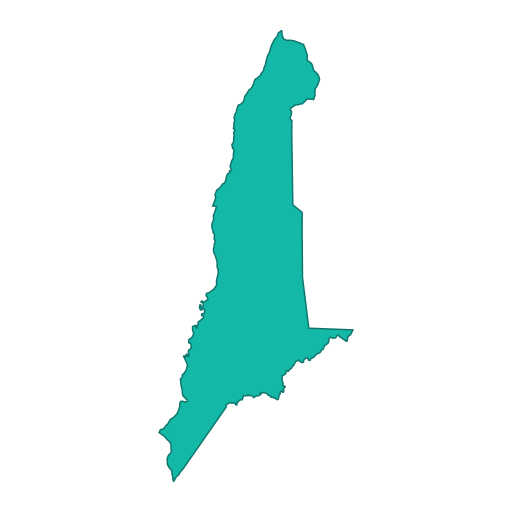 Canas, Guanacaste, Costa Rica
{"feature_id": "36466004B65281330352027", "entity_name": "Canas", "entity_type": "district", "adm_level": 2, "iso_a3": "CRI", "parent_name": "Costa Rica", "parent_adm1": "Guanacaste", "projection": "equal_earth", "projection_center": [-85.111, 10.45], "detail": "fine", "context": "isolated", "style": "filled", "palette": "teal", "viewbox_px": 512, "rotation_deg": 0, "n_neighbors": 0, "source": "geoboundaries", "source_scale": "gbopen_adm2", "svg_char_len": 6038}
<svg xmlns="http://www.w3.org/2000/svg" viewBox="0 0 512 512"><path d="M311.3,63.2L309.5,62.1L308.8,61.3L307.7,60.7L307.3,60.2L307.1,59.2L307.3,55.1L306.3,52.4L305.2,48.4L304.1,46.3L303.6,44.4L302.2,44.1L300.1,43.0L297.2,42.1L294.2,40.9L290.8,40.3L287.1,40.3L286.1,40.2L284.4,39.3L283.5,38.7L282.4,36.0L281.9,33.4L281.8,30.8L281.3,30.7L278.1,33.2L277.7,35.3L276.7,37.0L274.4,39.5L271.7,44.8L270.3,48.9L269.3,52.8L267.8,55.2L267.3,56.5L265.7,62.8L265.6,64.4L264.5,66.4L264.3,67.5L263.7,68.9L263.5,70.7L261.2,73.4L260.7,74.8L260.2,75.6L258.0,77.3L256.9,78.5L255.9,78.8L255.1,79.4L254.2,81.5L253.4,84.3L252.5,85.9L252.3,87.1L251.4,87.8L250.6,88.9L248.8,90.2L246.8,93.8L245.0,95.9L244.4,98.0L244.1,99.9L242.9,102.4L240.7,104.2L238.2,105.2L236.7,109.6L236.4,111.9L234.8,114.6L234.8,115.5L234.4,116.0L234.2,117.0L234.2,118.4L234.5,119.2L234.6,121.4L234.2,122.1L233.9,123.3L233.8,124.6L233.9,127.0L233.5,127.8L233.5,128.9L234.8,129.3L234.9,130.1L234.7,130.6L233.7,132.3L234.0,134.4L234.0,136.1L233.7,138.0L233.7,140.0L233.4,141.8L233.3,142.6L232.2,144.1L231.9,145.0L231.9,145.6L232.5,146.7L232.6,148.5L233.6,148.9L233.8,149.3L233.9,150.7L233.6,153.1L233.4,153.5L233.4,157.2L232.9,158.8L232.4,159.5L231.5,161.5L230.9,163.7L230.1,165.9L230.2,167.0L231.3,169.0L231.3,170.0L230.8,170.6L229.6,170.7L229.5,172.8L227.9,173.7L227.5,174.1L226.5,176.4L226.1,178.7L225.9,179.1L225.8,179.9L225.1,182.1L224.2,183.1L222.3,184.2L220.2,187.6L217.4,189.5L216.4,190.7L216.2,191.7L215.1,194.5L215.1,195.7L215.6,196.7L215.5,198.4L214.6,201.2L212.7,206.0L214.6,206.1L216.5,206.8L214.4,213.1L213.4,215.3L213.6,219.7L212.9,221.7L212.0,223.6L211.9,227.2L212.1,228.3L212.9,230.5L213.0,232.5L214.3,233.8L214.5,236.8L214.2,237.5L214.2,239.5L215.2,240.8L215.2,241.6L214.5,243.2L214.2,246.2L213.5,248.5L213.5,251.0L214.1,253.2L215.5,256.0L215.7,257.6L216.7,259.7L217.1,261.7L217.1,266.2L217.5,268.3L218.2,269.7L218.2,273.1L216.5,280.6L216.5,282.5L216.8,284.5L215.4,287.0L213.5,289.5L208.4,293.0L207.5,293.0L206.5,293.5L206.1,294.8L206.3,296.0L206.5,296.3L206.9,296.3L207.1,296.7L207.9,299.1L207.4,300.3L206.1,300.5L205.2,301.7L204.2,302.2L203.6,302.2L202.8,301.3L202.2,301.0L200.9,301.9L201.6,302.4L202.8,302.8L203.2,304.2L203.2,306.0L202.8,307.5L201.2,307.5L201.0,305.2L200.6,304.9L200.0,304.9L199.6,305.9L199.6,307.5L200.1,309.5L200.9,310.1L201.4,310.0L202.8,309.1L203.8,309.1L204.5,309.6L204.6,313.1L204.3,313.4L203.8,313.5L202.2,313.6L201.6,315.1L201.6,315.6L203.5,316.2L203.4,318.0L201.9,318.9L200.1,320.9L198.4,321.6L197.9,324.6L196.6,328.1L196.4,328.0L196.1,327.3L195.8,325.4L195.0,325.5L193.8,326.2L192.7,326.4L192.5,327.5L192.5,329.1L192.8,330.8L193.5,332.8L193.4,334.7L192.1,337.1L191.4,338.1L189.8,338.7L188.7,340.2L188.7,342.5L189.0,343.0L190.3,343.2L190.8,343.7L191.0,344.3L190.9,345.5L191.4,346.7L191.3,347.5L191.0,348.1L188.4,350.8L188.4,352.9L188.7,354.1L188.9,356.0L188.6,356.4L187.7,356.3L187.3,354.6L186.9,354.3L186.5,354.2L186.0,354.8L185.7,356.8L185.1,356.8L184.3,355.9L183.8,355.9L183.6,356.4L183.6,356.9L184.2,357.3L184.6,358.0L185.1,359.5L185.9,361.1L187.5,365.0L186.2,370.2L184.3,372.8L183.8,374.2L182.9,374.1L182.5,374.5L182.1,377.2L181.4,378.4L180.4,379.0L180.4,380.0L180.7,380.8L180.8,383.6L182.3,390.9L182.3,392.7L182.6,394.9L183.7,396.6L185.9,398.8L187.3,399.9L187.5,401.0L186.6,401.6L184.4,402.0L182.9,401.3L181.4,401.3L180.6,401.5L179.8,403.3L179.7,406.5L179.5,407.7L177.5,412.8L176.7,414.1L173.7,417.3L172.1,418.2L170.3,419.6L167.6,424.1L166.1,425.5L163.8,428.4L162.5,429.2L160.4,429.7L159.1,432.6L164.3,436.2L167.2,439.7L168.2,440.4L170.7,443.1L171.0,446.0L171.2,452.4L169.3,454.6L168.6,455.0L167.3,458.1L167.0,459.2L167.3,460.2L167.3,464.1L168.9,467.3L171.1,469.8L171.7,470.9L172.1,474.4L172.7,476.7L172.9,479.4L173.3,480.8L173.7,481.3L174.7,479.8L175.2,478.5L176.6,476.5L177.4,475.7L178.2,475.4L178.9,474.5L180.7,471.4L182.9,469.1L226.1,407.2L226.1,405.1L226.4,404.8L227.6,404.1L228.5,403.2L229.8,402.7L230.6,402.7L231.7,403.2L233.6,403.0L235.6,403.5L235.6,404.8L237.0,404.8L236.9,402.3L238.4,401.9L238.8,401.0L239.5,400.2L240.4,399.9L242.1,399.8L242.6,398.9L242.7,397.6L243.3,396.6L243.4,395.7L246.0,395.8L247.1,395.4L247.9,395.6L248.4,395.1L249.5,395.7L251.2,395.5L252.9,396.3L253.1,396.6L253.3,397.5L253.8,397.5L256.1,395.9L258.1,395.9L260.6,394.6L261.2,393.8L260.5,393.2L261.9,392.6L265.9,393.0L266.8,393.5L267.5,394.5L269.0,395.7L270.9,395.9L270.9,397.2L272.9,397.4L274.0,398.0L275.1,398.3L277.3,399.7L278.4,398.9L278.7,396.9L279.0,396.1L279.0,395.1L279.8,394.6L280.1,394.2L280.2,391.8L280.6,391.3L282.1,391.3L282.3,392.2L282.9,392.3L283.6,392.0L283.8,390.4L283.4,389.2L284.1,388.0L285.2,386.8L285.2,386.5L284.5,386.1L282.8,385.6L283.1,382.7L282.0,380.7L282.3,375.9L285.0,374.3L285.9,373.0L286.5,370.9L288.4,371.2L289.6,369.4L291.2,368.5L291.8,367.2L292.7,366.4L294.2,364.6L295.1,362.4L295.8,361.5L296.3,361.1L297.5,360.9L298.3,360.2L299.0,360.2L300.3,361.8L302.2,362.6L302.8,362.6L303.6,362.0L303.8,360.0L304.1,359.4L306.2,358.1L307.0,357.9L307.5,357.9L308.4,360.0L309.5,360.5L310.1,360.4L311.1,358.3L313.5,357.5L316.6,354.1L319.7,352.8L320.9,351.5L321.1,350.7L321.4,350.2L322.0,349.7L322.8,349.6L323.3,348.7L324.6,345.7L327.3,343.8L328.5,342.5L329.1,338.8L329.4,338.1L330.1,337.3L330.8,337.2L332.5,338.1L334.6,338.1L335.6,337.7L337.3,335.4L338.2,335.3L339.0,335.9L339.9,337.0L342.2,338.2L342.4,338.6L346.2,341.2L346.9,341.2L347.2,340.3L347.7,337.3L348.7,336.0L350.6,334.7L352.9,329.9L308.8,328.2L302.5,277.4L302.1,232.7L302.2,212.5L292.8,204.8L291.7,130.8L291.9,128.1L291.8,122.6L292.0,120.5L290.5,119.4L290.1,118.7L290.1,117.8L291.4,114.2L291.5,113.1L291.4,111.2L290.2,109.9L290.2,109.5L291.5,107.5L291.9,107.1L293.4,106.5L293.8,106.0L296.5,104.5L298.1,105.0L299.8,104.0L302.1,103.9L305.7,100.6L306.3,99.2L311.3,99.1L313.5,99.5L314.0,98.9L314.4,96.8L315.1,95.6L314.9,94.1L314.9,91.7L315.1,91.0L315.1,88.7L316.3,87.4L317.8,84.7L318.2,83.0L318.6,82.4L319.6,79.3L318.6,75.9L317.8,74.4L317.5,74.3L317.2,73.5L316.6,73.3L316.0,72.4L314.3,71.0L313.4,69.4L312.4,65.5L311.3,63.2Z" fill="#14b8a6" stroke="#0f766e" stroke-width="1.5"/></svg>